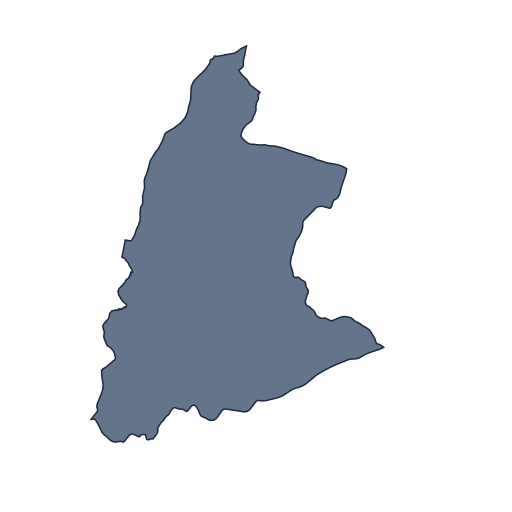 Soeng Sang, Nakhon Ratchasima, Thailand, rotated 9°
{"feature_id": "78962969B32036693641657", "entity_name": "Soeng Sang", "entity_type": "district", "adm_level": 2, "iso_a3": "THA", "parent_name": "Thailand", "parent_adm1": "Nakhon Ratchasima", "projection": "albers", "projection_center": [102.453, 14.379], "detail": "fine", "context": "isolated", "style": "filled", "palette": "slate", "viewbox_px": 512, "rotation_deg": 9, "n_neighbors": 0, "source": "geoboundaries", "source_scale": "gbopen_adm2", "svg_char_len": 6118}
<svg xmlns="http://www.w3.org/2000/svg" viewBox="0 0 512 512"><g transform="rotate(9 256 256)"><path d="M118.8,443.1L119.8,442.7L121.1,442.6L122.3,442.6L122.9,442.9L123.9,443.9L125.2,445.5L128.4,449.7L131.1,453.7L132.3,455.1L133.3,455.9L135.9,457.3L140.5,460.5L143.0,461.6L143.7,461.7L145.4,461.9L146.9,461.6L151.4,460.2L152.4,460.3L153.8,460.7L155.3,459.3L158.8,453.0L160.4,451.6L161.3,451.2L161.9,451.1L163.1,451.3L168.0,452.7L169.1,452.8L169.3,452.7L169.6,452.4L169.6,451.2L169.9,450.8L171.1,450.6L172.1,450.1L173.4,449.8L174.4,450.0L175.0,450.4L175.4,450.9L176.3,453.6L176.8,454.2L177.8,454.4L179.0,454.2L181.3,452.9L181.8,452.8L182.7,452.9L185.2,448.6L186.2,446.3L186.5,444.6L185.9,441.9L186.5,439.8L187.4,437.5L188.7,434.9L190.3,432.7L191.4,430.3L192.3,428.7L193.9,427.0L194.6,426.1L195.4,424.6L195.9,422.7L196.3,421.7L197.7,419.4L198.6,418.7L199.9,418.5L203.7,419.2L205.9,418.9L207.4,418.9L210.1,419.7L211.0,420.2L211.9,420.3L212.9,419.5L215.3,415.1L216.1,414.0L216.8,413.4L217.3,413.2L218.7,413.1L219.8,413.6L220.5,414.1L222.1,415.9L224.0,418.6L225.7,421.5L226.7,422.5L228.0,423.1L231.4,423.9L234.7,425.2L235.8,425.4L237.3,425.4L239.7,424.9L240.6,424.2L241.8,423.1L242.9,421.7L243.4,420.8L244.2,418.9L246.7,413.9L247.6,412.8L248.6,412.1L253.2,411.8L268.0,411.8L269.6,411.6L270.8,411.3L273.2,409.6L274.2,408.1L279.1,399.2L279.7,398.6L280.4,398.4L285.2,398.1L287.4,397.7L299.0,392.9L300.4,392.2L304.4,389.7L311.4,383.3L313.8,381.4L315.3,380.5L319.7,378.7L323.4,376.1L326.0,373.7L334.5,364.0L340.6,358.9L345.6,355.1L352.6,350.4L362.7,344.4L364.8,343.3L370.5,342.0L372.8,341.1L374.5,340.1L378.8,336.4L380.3,335.4L383.9,333.3L391.3,329.5L394.3,327.8L396.4,326.2L394.5,325.1L392.6,324.4L391.3,323.9L389.2,323.7L388.7,323.5L387.8,322.1L386.4,319.2L384.7,317.0L380.1,311.7L379.0,310.9L377.8,310.4L375.7,309.3L373.1,308.6L368.9,306.4L364.0,304.9L360.7,302.8L359.4,302.2L357.0,301.9L354.8,301.8L353.1,301.9L351.4,302.3L347.9,303.8L341.9,307.7L340.8,308.2L339.7,308.2L338.0,307.6L334.1,306.5L333.4,306.6L332.3,307.0L330.5,307.2L328.8,307.1L325.4,305.8L324.8,305.2L322.9,302.4L321.6,300.9L318.6,299.2L317.6,298.2L316.4,297.6L314.2,297.2L313.2,296.2L312.3,294.9L311.9,293.6L311.9,292.0L312.1,290.0L312.4,287.8L313.1,284.9L313.2,283.2L313.1,282.3L312.6,281.3L310.2,278.4L309.1,274.8L308.1,273.7L306.6,273.1L304.8,272.6L302.4,271.0L301.1,270.4L300.4,270.3L298.8,271.0L298.0,271.1L296.9,270.8L295.9,269.6L295.0,266.8L294.3,265.0L291.7,259.8L291.3,258.4L291.0,256.3L291.1,250.5L291.9,247.1L292.1,241.8L293.1,234.8L293.4,233.9L294.8,231.5L296.0,228.5L297.1,224.7L297.4,222.4L297.6,220.3L297.0,215.8L297.2,214.6L297.9,212.9L305.7,202.0L307.8,198.9L309.7,197.5L312.8,196.7L314.7,196.6L321.2,197.3L322.0,197.0L322.5,196.3L322.9,195.0L323.2,192.5L324.2,188.6L326.3,187.1L327.3,186.0L328.6,183.0L329.1,181.1L329.2,178.0L329.7,173.5L331.9,160.6L332.0,155.6L327.6,154.0L324.3,153.3L320.8,153.0L312.1,152.9L309.8,152.6L304.1,151.7L300.4,151.5L299.6,150.9L298.8,150.5L295.9,149.8L280.5,147.8L272.6,146.5L266.9,145.3L264.3,145.0L257.0,144.5L255.6,144.5L254.6,144.8L250.3,145.1L247.4,144.6L246.5,144.8L244.8,145.4L240.0,145.9L236.9,146.0L232.6,146.4L230.5,145.8L228.6,145.0L224.5,142.2L222.4,140.0L222.5,136.6L222.8,134.9L223.3,132.9L225.2,129.1L226.3,127.6L229.2,124.7L230.2,123.6L231.0,122.0L231.4,120.4L231.2,119.9L231.2,119.7L232.6,115.5L233.0,113.3L233.1,110.7L232.8,110.2L232.5,108.8L232.6,107.9L232.5,104.3L232.9,103.5L233.7,101.0L233.6,100.7L233.7,100.1L233.6,99.7L233.9,99.3L233.6,98.6L233.3,98.5L232.9,97.3L233.1,96.7L233.1,96.3L233.4,96.0L233.3,95.6L233.6,94.5L234.4,93.7L229.4,91.2L224.1,88.2L223.4,87.6L220.1,83.9L219.2,83.0L214.0,79.4L210.8,76.3L210.0,75.1L212.1,73.2L213.8,70.4L213.1,66.1L213.1,62.9L213.4,60.1L213.5,54.3L213.8,50.1L213.0,50.5L208.9,53.4L206.0,56.5L202.7,59.2L194.2,62.0L191.4,63.2L187.7,64.5L185.6,64.9L183.7,65.0L183.5,66.2L181.9,68.7L181.8,68.8L181.2,68.5L180.1,69.9L180.3,71.6L180.1,72.7L179.1,75.1L177.8,77.4L177.2,79.0L176.1,80.8L171.6,86.7L167.8,92.1L166.8,94.2L166.2,96.1L165.7,98.9L165.7,100.4L166.2,105.4L167.0,111.7L166.7,114.9L166.0,120.2L166.1,123.4L164.6,129.7L163.3,132.4L160.7,136.5L154.8,142.6L148.3,147.8L147.2,149.2L146.6,150.9L146.0,155.4L142.9,164.9L140.2,169.8L136.8,178.1L135.3,191.1L134.0,196.3L133.9,198.0L133.9,199.9L134.5,202.3L135.2,206.4L134.7,214.8L135.0,217.0L135.4,218.4L135.8,222.6L134.5,225.8L134.5,226.7L134.8,232.3L135.5,235.2L135.9,239.1L135.4,241.4L135.2,243.6L133.8,248.1L133.1,252.7L132.3,256.1L130.9,259.6L130.0,260.7L124.3,260.7L124.2,268.5L123.7,278.1L123.9,278.3L124.8,278.5L125.5,278.5L126.9,279.1L128.5,281.0L129.6,281.8L129.9,281.9L130.6,282.7L131.2,283.1L132.2,285.0L135.7,289.1L136.5,291.0L136.4,291.2L136.1,291.5L135.8,291.2L135.7,291.6L134.9,291.5L134.7,291.8L134.8,292.5L134.6,293.0L135.0,293.6L134.8,293.7L134.9,294.3L135.0,294.3L134.5,294.8L134.2,295.2L134.4,295.5L134.4,296.1L134.1,296.5L133.7,296.8L133.8,297.6L132.0,299.1L132.0,299.4L131.2,300.3L130.7,302.1L130.4,302.8L128.6,305.8L125.8,309.6L125.2,312.6L125.8,312.8L125.9,314.9L126.1,315.3L126.8,316.3L129.7,319.9L131.7,321.8L134.4,323.4L135.0,323.9L135.9,325.1L136.0,326.0L135.8,326.5L135.2,326.6L134.8,327.2L134.1,326.9L133.8,327.8L133.6,327.9L133.2,327.7L133.0,327.8L132.4,328.8L132.3,329.3L131.5,329.9L131.1,329.9L130.8,329.4L130.6,329.7L129.7,329.4L129.5,329.6L129.5,330.0L128.7,329.9L128.7,330.6L128.3,330.8L128.2,331.2L127.2,331.0L126.8,331.2L126.2,331.1L125.6,331.4L125.3,331.9L124.6,331.9L123.6,332.4L122.9,332.3L122.5,332.5L120.7,335.2L120.5,336.4L120.3,339.7L119.9,341.3L116.4,346.6L115.8,348.4L115.6,349.2L116.3,350.7L116.5,351.9L117.8,354.0L118.0,354.5L118.3,359.6L119.0,361.3L122.9,367.7L123.5,368.1L124.7,368.4L126.8,369.5L128.9,371.1L130.2,372.5L130.9,373.4L131.7,375.0L132.5,377.3L133.2,378.3L133.2,378.8L132.8,380.0L132.8,380.9L132.3,381.1L132.0,381.5L131.0,382.3L130.0,383.7L126.2,387.9L125.3,389.3L123.9,390.3L123.3,391.0L122.7,391.0L122.2,391.6L122.2,392.1L121.3,392.9L122.6,399.2L124.9,406.0L125.2,407.3L125.5,412.3L124.8,416.3L122.4,426.5L122.3,428.5L122.4,430.1L123.4,432.0L123.8,434.1L119.4,441.7L118.8,443.1Z" fill="#64748b" stroke="#1e293b" stroke-width="1.5"/></g></svg>